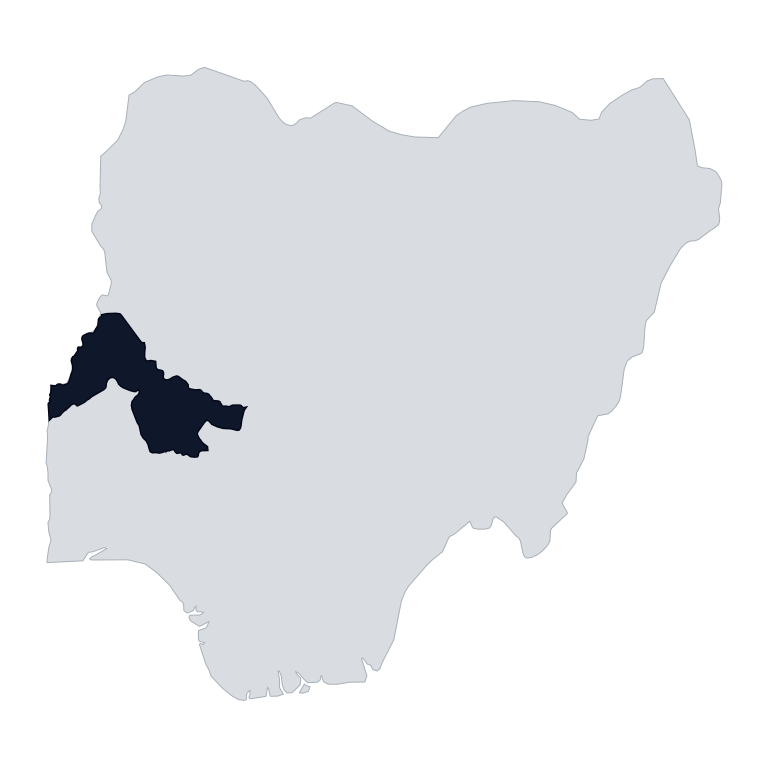 where Kwara sits in Nigeria
{"feature_id": "NGA-2849", "entity_name": "Kwara", "entity_type": "State", "adm_level": 1, "iso_a3": "NGA", "parent_name": "Nigeria", "parent_adm1": "", "projection": "natural_earth1", "projection_center": [4.317, 9.059], "detail": "fine", "context": "in_parent", "style": "filled", "palette": "ink", "viewbox_px": 768, "rotation_deg": 0, "n_neighbors": 0, "source": "natural_earth", "source_scale": "10m", "svg_char_len": 7067}
<svg xmlns="http://www.w3.org/2000/svg" viewBox="0 0 768 768"><path d="M663.2,78.6L689.4,120.0L695.2,150.7L697.4,165.9L701.7,167.7L709.8,168.5L715.7,171.5L719.2,176.5L721.5,181.2L721.9,184.0L720.4,202.4L718.5,209.1L719.7,218.2L719.4,222.1L718.5,224.7L714.9,227.7L710.1,230.7L698.4,239.5L695.1,240.8L690.2,241.0L685.9,243.2L680.9,247.9L670.2,265.6L661.0,283.3L654.4,311.9L646.2,320.8L644.8,328.7L643.7,346.6L642.4,352.0L641.1,353.5L632.3,356.9L627.2,361.0L624.2,369.1L620.5,396.6L619.1,401.2L616.2,405.9L611.7,411.1L607.9,413.9L597.7,415.8L588.1,436.5L588.0,440.1L583.9,458.9L576.5,473.0L576.0,482.1L566.8,494.6L562.0,503.1L567.0,511.9L567.4,513.4L551.5,528.4L550.5,530.6L549.9,541.0L548.6,543.8L545.7,547.6L541.4,551.8L537.0,555.0L532.1,557.2L527.3,558.1L524.6,556.8L523.1,553.6L520.4,540.9L519.0,538.2L515.9,535.8L503.6,521.8L496.1,516.9L494.5,517.2L493.2,518.6L491.2,525.6L489.1,528.2L485.2,529.1L478.3,529.2L473.3,528.2L472.2,526.8L469.8,521.3L454.5,534.0L449.2,536.8L442.4,551.9L432.8,559.4L426.2,565.9L408.4,586.4L404.8,592.4L401.3,601.4L393.8,639.8L381.5,663.9L379.9,669.0L379.2,668.8L377.5,671.0L372.8,669.6L370.6,665.1L367.7,664.4L362.6,657.9L361.5,659.0L366.9,675.5L364.9,682.0L349.9,682.2L336.9,684.3L328.0,684.1L323.6,681.8L321.6,675.6L320.8,676.2L320.4,679.6L317.5,682.2L307.5,682.7L303.1,678.4L299.5,673.7L295.7,671.6L296.3,673.6L300.7,678.2L300.2,684.9L292.1,692.6L287.0,693.0L283.9,689.7L282.2,684.3L281.4,676.2L279.3,671.0L278.1,671.0L279.5,679.7L279.6,687.8L283.4,694.2L277.6,696.1L270.5,696.3L269.6,694.0L268.7,688.8L267.5,687.4L266.0,696.3L251.5,698.7L249.5,698.4L249.0,696.7L250.1,694.3L249.9,690.3L246.7,693.4L246.2,699.5L244.3,700.5L238.8,699.6L232.8,696.5L223.0,688.7L211.0,676.1L209.1,670.4L205.6,663.5L199.4,644.4L200.5,643.5L203.3,644.5L204.6,642.7L199.6,641.4L198.6,640.0L198.3,635.8L198.5,630.6L206.0,627.9L207.8,624.8L208.8,621.6L199.5,626.4L190.8,621.0L188.9,617.7L189.8,615.2L199.9,615.0L203.5,612.5L201.3,611.7L197.5,611.8L196.0,610.2L196.2,606.2L194.9,607.1L193.3,610.6L187.4,613.1L183.9,610.6L183.6,604.9L182.8,602.3L179.9,600.3L169.6,585.2L156.7,572.6L145.2,564.0L127.8,559.8L91.5,560.0L89.5,558.8L91.7,556.8L94.9,555.5L106.6,548.5L104.6,547.5L92.5,551.9L88.3,552.3L82.9,560.8L47.1,562.6L47.2,558.8L48.8,547.7L51.0,540.0L48.6,530.7L48.0,522.3L49.5,519.7L50.0,516.5L49.7,495.0L51.6,491.8L51.7,489.6L48.0,480.4L48.0,473.3L47.3,466.5L46.1,463.4L47.6,437.1L47.1,430.6L48.3,425.9L48.9,414.6L48.8,403.5L51.2,385.9L66.5,383.6L70.3,376.7L72.4,368.0L71.7,359.4L76.7,351.8L82.7,345.1L82.5,337.8L84.1,335.5L87.0,333.8L91.1,332.9L95.6,329.3L98.2,322.9L100.7,312.6L96.7,305.5L96.8,303.9L98.3,300.0L100.7,296.2L102.6,294.9L107.1,295.9L108.5,294.4L111.4,283.1L111.1,280.0L107.0,272.5L104.7,251.9L103.5,249.3L100.3,245.5L91.8,231.1L91.9,224.2L95.5,215.5L97.9,211.2L101.1,208.9L101.8,206.9L100.8,204.4L99.2,202.6L98.8,198.6L100.4,193.1L100.0,187.1L100.8,156.2L107.7,150.1L117.8,140.0L123.0,129.5L125.7,121.5L129.1,94.9L134.5,92.1L144.6,82.4L158.3,76.7L167.3,75.0L183.0,76.1L190.9,75.2L197.7,69.9L200.7,68.4L205.0,67.5L244.1,81.3L247.7,80.7L250.7,81.7L255.5,85.3L267.1,98.1L279.2,118.1L283.0,122.3L286.8,124.6L290.6,125.5L293.5,125.2L296.3,123.2L300.1,119.5L305.8,117.8L310.5,118.1L334.8,102.8L337.2,102.6L352.1,105.9L372.6,121.2L389.3,131.2L401.0,134.6L414.8,137.0L438.2,137.7L455.8,116.2L462.3,111.5L470.2,107.3L486.6,103.4L513.8,100.6L539.4,101.8L555.4,105.5L572.2,112.5L579.5,119.2L590.8,120.3L599.0,119.0L601.6,112.3L609.7,103.6L621.8,95.5L631.8,89.9L640.0,87.3L647.2,80.9L653.0,78.8L663.2,78.6ZM308.5,691.2L303.0,693.2L299.4,692.7L304.3,684.0L306.8,685.9L310.0,686.7L308.5,691.2Z" fill="#d9dde1" stroke="#a8b0b8" stroke-width="1"/><path d="M93.1,333.3L94.1,332.2L95.6,329.1L97.5,326.5L98.0,325.2L98.4,319.6L98.8,318.5L99.6,317.6L100.5,317.1L101.2,316.5L101.7,315.1L101.7,314.7L102.0,314.6L107.0,313.6L116.1,313.3L119.9,313.8L121.5,315.4L140.6,341.3L141.4,342.1L142.4,342.7L144.3,342.7L145.2,347.2L144.7,352.5L144.6,357.4L146.5,361.1L150.6,360.5L155.6,361.3L155.7,361.8L155.8,364.3L155.8,365.5L155.9,365.4L156.0,365.4L156.0,366.6L156.2,367.7L156.7,368.6L157.5,369.4L158.4,369.8L161.3,370.3L162.8,371.0L163.5,372.4L163.6,374.1L163.3,376.1L163.4,378.0L164.5,379.3L166.0,379.9L167.8,379.8L170.1,379.0L172.6,377.3L176.3,376.0L177.0,376.0L177.8,376.2L179.2,376.9L179.3,377.3L180.3,377.8L182.2,379.3L185.1,381.0L186.0,381.7L186.9,383.1L187.9,384.3L188.2,385.0L188.2,385.7L188.2,386.4L188.2,387.1L188.7,388.0L189.3,388.6L190.2,388.9L195.6,389.9L199.4,389.6L200.2,389.8L200.9,390.2L201.5,390.8L202.5,392.0L203.2,392.6L203.9,393.0L204.7,393.2L206.4,393.3L207.2,393.5L208.0,393.8L208.7,394.3L209.1,394.6L209.8,395.7L211.0,396.9L211.5,397.6L212.0,398.3L212.5,399.4L212.7,399.7L213.5,400.4L214.4,400.8L217.6,400.9L218.1,400.9L219.3,401.5L219.8,401.6L220.5,403.0L221.4,404.3L222.0,405.5L222.3,405.9L223.0,406.2L226.0,406.1L228.5,406.6L229.4,406.6L230.0,406.4L231.8,405.4L233.2,405.1L239.5,405.1L240.3,405.2L241.2,405.6L242.9,407.5L243.3,407.7L246.5,407.0L244.1,410.5L241.8,419.7L240.9,426.5L240.3,428.4L239.2,430.0L237.3,430.4L231.0,428.8L223.2,428.4L217.6,426.9L211.9,424.4L209.0,421.1L206.7,420.1L204.2,422.8L197.7,432.1L197.3,434.3L199.0,438.0L199.8,439.2L200.8,440.2L201.4,441.4L203.7,443.8L207.5,446.6L207.9,450.5L201.8,450.7L199.8,451.4L198.6,453.1L198.3,455.2L197.6,456.8L197.1,457.0L196.6,456.8L194.2,457.2L192.8,456.9L190.6,456.7L186.8,454.0L183.3,455.2L182.1,454.7L181.8,453.5L181.1,453.1L180.3,452.8L177.0,453.4L175.3,452.1L174.1,449.8L171.8,449.7L169.5,450.8L166.3,451.1L166.0,451.6L165.9,451.2L164.3,451.6L162.8,452.3L159.6,453.1L155.9,452.6L152.3,452.8L151.3,452.2L150.4,451.9L149.7,450.6L148.0,444.4L145.9,440.5L144.5,439.4L143.2,438.0L141.1,434.6L139.2,425.8L137.1,422.3L132.1,409.4L131.4,405.4L132.1,401.4L133.4,400.0L134.3,398.3L135.7,396.6L137.6,395.4L139.5,392.2L138.5,389.6L135.8,391.6L134.2,391.6L130.0,390.5L123.3,387.8L120.8,386.2L118.6,384.1L117.3,381.2L115.7,378.8L113.1,377.4L110.4,377.7L107.8,379.9L106.4,383.1L105.9,387.4L104.8,388.8L103.4,389.9L91.8,396.6L89.3,398.8L87.0,400.1L84.5,402.3L77.8,405.8L77.1,405.9L76.5,405.1L75.8,404.8L75.3,404.0L74.4,403.8L73.5,403.9L72.2,404.4L71.0,405.2L68.6,407.6L67.5,408.4L66.6,409.2L66.2,409.9L64.9,410.4L61.8,413.3L60.7,414.8L59.4,415.9L54.9,417.1L53.8,417.0L52.7,417.0L49.7,419.9L49.3,420.3L48.2,404.2L48.3,403.5L48.6,403.0L49.5,402.5L49.8,402.1L49.9,401.5L49.6,400.5L49.5,399.9L49.8,398.9L50.5,397.0L50.5,396.0L50.3,395.6L50.0,395.4L49.8,395.3L49.7,394.8L49.8,394.6L50.4,393.5L50.6,393.1L50.9,391.3L51.1,387.1L50.9,385.4L55.3,385.8L56.0,385.7L56.6,385.2L57.0,384.6L57.7,384.2L58.3,384.0L60.0,384.0L60.6,384.1L61.2,384.4L61.8,384.8L62.4,385.1L63.0,385.1L66.9,384.0L68.3,382.9L69.2,380.8L71.1,374.0L72.2,371.5L72.6,370.1L72.6,365.8L72.4,364.7L71.7,362.6L71.3,360.8L71.5,359.0L72.6,356.9L73.0,356.6L73.9,356.2L74.4,355.8L77.8,350.6L77.9,350.3L77.6,349.4L77.5,349.0L78.0,347.3L78.9,347.0L80.0,347.3L81.0,347.3L82.8,346.1L83.2,344.4L82.8,342.4L82.1,340.4L81.9,339.1L82.0,337.6L82.5,336.3L83.4,335.5L87.5,333.5L89.7,332.9L93.1,333.3Z" fill="#0f172a" stroke="#020617" stroke-width="1.5"/></svg>